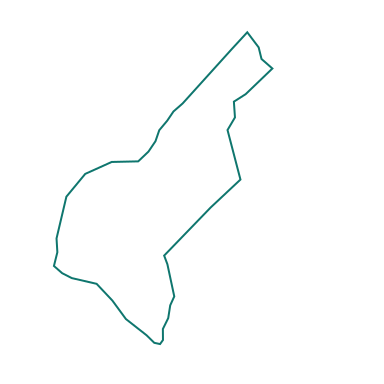 SVG path tracing the border of Abim, rotated 46°
{"feature_id": "UGA-3126", "entity_name": "Abim", "entity_type": "County", "adm_level": 1, "iso_a3": "UGA", "parent_name": "Uganda", "parent_adm1": "", "projection": "natural_earth1", "projection_center": [33.73, 2.826], "detail": "fine", "context": "isolated", "style": "outline", "palette": "teal", "viewbox_px": 384, "rotation_deg": 46, "n_neighbors": 0, "source": "natural_earth", "source_scale": "10m", "svg_char_len": 637}
<svg xmlns="http://www.w3.org/2000/svg" viewBox="0 0 384 384"><g transform="rotate(46 192 192)"><path d="M116.8,63.7L115.5,41.3L134.3,43.6L144.6,49.6L159.0,48.4L158.9,85.4L156.1,99.1L168.2,109.3L172.1,123.4L216.7,148.5L216.1,189.4L218.4,256.2L226.9,259.9L254.8,277.3L258.4,286.4L266.2,296.7L270.3,308.1L278.3,315.7L279.2,320.6L274.3,323.9L263.5,324.2L237.5,327.8L214.8,324.7L191.8,324.4L170.4,338.3L160.2,341.8L149.3,342.7L141.8,330.7L131.3,321.7L108.1,285.6L104.8,256.2L114.6,228.9L132.6,209.4L132.7,195.3L130.1,183.0L124.8,172.6L123.5,160.3L121.2,149.4L121.8,137.2L116.8,63.7Z" fill="none" stroke="#0f766e" stroke-width="2"/></g></svg>